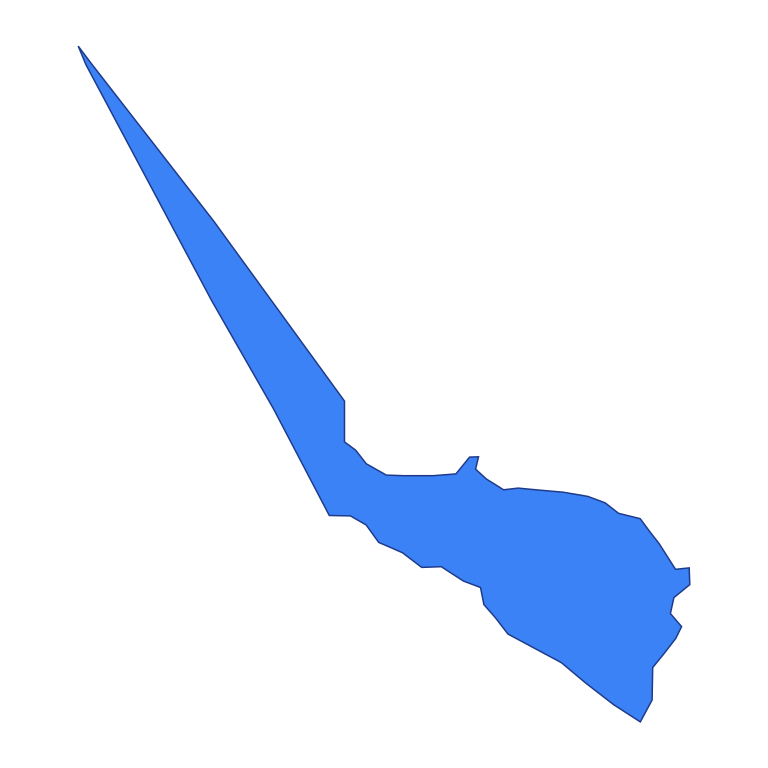 Fasli, Paphos, Cyprus
{"feature_id": "46923920B97001671290706", "entity_name": "Fasli", "entity_type": "district", "adm_level": 2, "iso_a3": "CYP", "parent_name": "Cyprus", "parent_adm1": "Paphos", "projection": "mercator", "projection_center": [32.358, 35.003], "detail": "fine", "context": "isolated", "style": "filled", "palette": "blue", "viewbox_px": 768, "rotation_deg": 0, "n_neighbors": 0, "source": "geoboundaries", "source_scale": "gbopen_adm2", "svg_char_len": 796}
<svg xmlns="http://www.w3.org/2000/svg" viewBox="0 0 768 768"><path d="M78.2,46.1L86.0,64.8L211.9,301.1L273.8,409.4L329.3,515.5L350.4,515.9L366.2,525.0L378.7,542.4L402.4,552.7L421.7,567.4L441.3,566.7L450.0,572.4L463.5,581.1L480.5,587.5L483.9,604.6L495.2,617.5L508.0,634.1L561.4,662.7L586.1,683.4L613.8,704.8L640.3,721.9L652.1,700.0L652.7,667.5L663.9,653.8L675.7,638.5L681.6,626.6L670.4,613.6L673.9,597.6L689.8,584.6L689.2,567.9L675.5,569.3L659.3,543.9L649.9,531.8L640.2,518.7L618.5,513.3L605.2,502.9L587.8,496.4L563.2,492.2L539.3,490.1L518.1,488.1L503.6,489.8L486.5,479.1L475.6,469.2L478.5,456.8L469.6,457.1L455.9,473.9L432.9,475.7L404.0,475.7L386.3,475.1L366.3,463.8L355.7,450.2L344.5,441.9L344.5,401.1L213.7,221.1L90.5,62.5L78.2,46.1Z" fill="#3b82f6" stroke="#1e3a8a" stroke-width="1.5"/></svg>